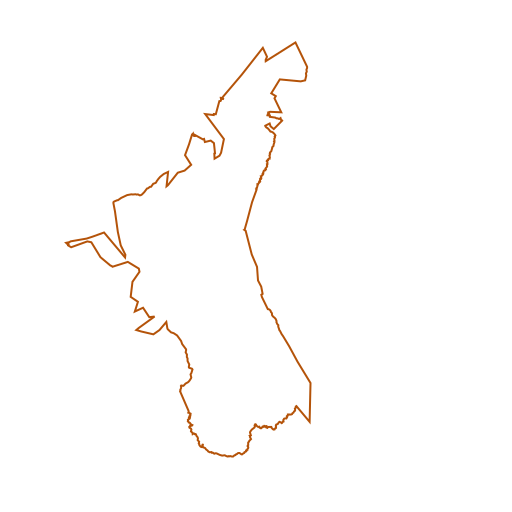 Súchil, Durango, Mexico, rotated 325°
{"feature_id": "50627088B52283797196470", "entity_name": "Súchil", "entity_type": "district", "adm_level": 2, "iso_a3": "MEX", "parent_name": "Mexico", "parent_adm1": "Durango", "projection": "orthographic", "projection_center": [-104.169, 23.415], "detail": "fine", "context": "isolated", "style": "outline", "palette": "amber", "viewbox_px": 512, "rotation_deg": 325, "n_neighbors": 0, "source": "geoboundaries", "source_scale": "gbopen_adm2", "svg_char_len": 6151}
<svg xmlns="http://www.w3.org/2000/svg" viewBox="0 0 512 512"><g transform="rotate(325 256 256)"><path d="M232.2,136.7L227.5,135.9L222.9,136.2L220.1,136.9L217.5,137.8L216.2,138.5L215.5,138.5L213.2,137.9L209.8,139.1L208.7,138.5L206.4,138.6L205.4,138.2L201.1,139.6L197.8,140.2L196.6,140.1L195.6,139.7L194.6,137.8L193.4,137.2L192.7,136.3L190.4,135.0L189.3,134.0L185.4,132.2L178.9,131.1L174.9,131.1L174.3,130.7L171.5,130.1L170.7,130.0L170.2,130.1L169.6,130.7L166.1,138.5L156.6,157.1L151.3,169.7L149.7,180.1L147.9,182.1L145.0,149.6L133.2,146.4L127.3,144.6L112.6,137.7L111.1,137.6L108.0,136.3L108.4,138.4L108.6,138.4L108.7,137.6L109.3,137.7L109.3,138.8L108.4,138.9L108.1,139.4L109.6,142.8L126.2,147.3L129.0,150.3L127.9,167.8L131.3,180.4L132.0,181.3L132.3,182.5L147.6,187.3L152.8,199.1L151.5,202.1L140.0,206.3L129.9,217.6L133.0,225.8L124.9,232.0L133.8,233.6L133.5,244.9L138.2,247.4L118.6,247.7L115.5,248.0L118.6,251.9L127.0,261.3L134.4,261.3L144.7,258.6L141.9,264.4L141.7,265.3L142.6,269.8L144.3,272.0L145.8,275.8L145.9,282.7L145.0,285.8L145.2,292.3L144.7,293.1L143.1,294.6L142.9,297.1L141.4,299.1L141.2,300.6L139.7,302.8L139.1,306.6L137.3,308.4L137.1,308.9L137.2,309.3L138.9,311.6L138.9,312.5L135.8,314.9L134.5,315.4L133.3,318.4L132.6,318.9L130.2,319.9L128.7,320.3L127.8,320.4L125.1,320.1L122.4,320.7L121.8,320.6L120.8,319.4L120.3,319.2L119.9,319.4L119.6,320.3L118.8,321.3L117.1,322.3L116.8,323.1L116.2,323.3L111.9,344.2L111.5,345.0L110.7,345.5L111.4,346.4L111.3,347.2L111.9,347.4L112.0,347.6L110.6,349.2L110.3,349.4L109.7,349.0L108.4,349.9L109.0,350.7L108.4,351.2L106.3,351.1L105.9,351.9L105.4,352.2L105.4,352.5L105.7,352.9L105.4,353.8L106.1,354.7L106.2,357.0L106.9,358.0L106.6,358.2L105.8,358.0L105.2,357.0L104.9,357.0L104.4,357.7L103.3,357.7L103.0,358.4L103.7,360.1L103.6,361.0L102.1,362.4L102.6,364.3L102.0,365.5L102.7,365.5L103.4,365.8L103.5,366.7L104.3,367.1L104.5,367.5L104.1,369.1L104.2,370.9L103.9,372.0L102.6,373.4L102.9,375.5L101.6,376.7L101.7,377.4L101.2,378.1L101.2,380.0L101.6,381.1L102.1,381.5L103.6,380.1L104.0,379.9L104.2,380.1L103.3,381.1L103.0,382.3L103.2,382.8L103.9,383.6L104.2,384.4L104.1,385.6L104.8,387.8L104.7,388.6L105.5,390.2L107.1,391.1L106.9,391.8L108.0,392.6L108.4,394.0L109.6,394.3L110.5,395.1L112.2,398.1L113.8,400.1L116.1,401.3L117.1,403.2L117.9,403.9L118.0,404.2L118.9,404.3L119.5,405.0L120.1,405.1L121.2,406.4L122.2,407.1L124.1,406.9L124.9,407.3L125.7,407.0L127.0,407.3L127.9,407.1L128.8,407.4L129.5,407.9L130.3,410.1L130.7,410.5L132.2,410.4L133.4,410.6L134.0,410.1L135.8,410.4L136.0,410.4L136.3,409.6L136.7,409.5L137.7,409.9L138.1,409.3L139.2,409.0L139.7,408.6L140.0,408.2L140.0,407.2L140.3,407.1L140.5,406.5L141.2,406.4L142.5,404.4L142.9,404.2L143.7,404.1L144.4,403.6L146.9,403.1L147.2,400.8L147.8,400.2L147.8,399.7L148.9,400.0L149.8,397.2L150.5,396.6L152.9,395.8L156.4,395.6L157.2,395.1L157.7,393.9L158.9,393.4L159.3,394.0L159.1,395.3L159.5,396.8L159.8,397.3L160.8,397.7L160.5,398.7L161.2,400.0L161.6,400.1L162.2,399.7L163.4,400.1L163.8,399.6L164.4,400.0L165.3,399.8L165.6,400.1L165.5,401.0L166.9,401.2L167.0,401.3L166.1,402.4L166.7,403.3L167.5,403.0L168.0,403.1L170.5,404.8L170.2,405.7L170.5,407.6L170.8,408.2L171.3,408.2L171.7,408.7L172.7,408.2L173.5,408.4L173.9,408.2L174.3,407.3L174.9,406.8L175.1,406.1L175.9,405.7L177.5,406.1L179.1,405.4L180.1,405.3L181.1,406.8L181.1,407.6L181.4,407.7L182.7,407.2L183.6,407.4L184.2,406.1L185.7,405.4L186.9,405.8L187.7,406.5L189.0,405.9L189.3,404.9L189.7,404.8L190.5,405.0L191.2,404.1L192.3,404.8L192.6,405.3L194.2,406.1L194.8,406.2L195.7,405.7L196.8,405.8L198.1,405.1L198.9,405.2L199.7,404.7L200.4,403.2L201.6,403.1L202.1,402.8L202.3,402.1L203.0,402.1L204.8,422.6L227.8,391.3L229.4,366.3L231.4,348.9L232.2,337.2L232.2,334.6L232.7,331.2L232.6,330.5L232.7,329.7L232.9,329.4L233.7,326.6L234.6,325.5L234.4,323.8L234.8,321.9L235.5,321.1L236.0,319.0L235.8,317.1L235.4,316.0L235.2,314.6L235.3,313.4L236.0,312.5L236.3,311.3L236.1,310.5L236.5,309.2L236.4,308.0L235.9,306.9L235.2,306.3L237.3,293.1L238.1,290.8L239.7,290.8L242.7,284.1L243.6,277.2L250.6,265.5L253.4,252.3L262.0,229.4L261.4,227.8L261.9,227.8L268.9,222.1L283.6,209.7L294.5,202.0L294.5,201.2L295.3,201.1L295.7,200.8L295.7,200.5L296.2,200.4L297.1,199.7L297.8,198.7L298.4,198.7L298.5,198.0L299.1,198.2L299.8,197.9L300.1,197.9L301.0,197.1L301.3,197.6L301.8,197.5L301.7,197.2L301.9,196.8L302.3,196.8L303.1,195.8L303.9,195.8L303.9,195.2L304.8,195.4L305.0,195.3L305.0,194.5L305.7,194.2L305.8,193.6L306.2,193.8L306.8,193.4L307.5,193.5L308.3,193.3L308.5,192.5L308.8,192.5L308.9,192.9L309.2,192.8L309.6,191.8L309.9,191.5L310.4,191.5L311.2,190.7L311.7,190.6L312.7,191.1L313.5,190.2L313.9,190.5L314.2,189.7L316.4,189.1L317.0,187.9L317.6,187.7L317.7,187.0L318.3,187.0L319.0,185.9L319.4,184.8L319.2,184.5L319.5,184.2L320.8,184.5L321.0,184.2L320.9,183.9L322.0,183.6L323.0,184.1L323.3,183.6L323.9,183.2L324.2,182.4L325.0,181.4L324.9,181.2L326.1,180.5L326.1,179.9L326.9,179.2L328.5,179.0L331.0,177.0L331.7,176.2L333.4,175.9L334.5,174.7L336.3,173.4L337.0,172.5L336.8,172.3L337.3,172.0L338.2,170.4L339.2,170.0L339.9,169.4L339.8,168.9L340.2,168.6L341.1,168.3L341.1,166.4L340.7,164.5L340.0,163.1L339.2,162.4L339.1,159.8L338.8,157.8L338.3,157.0L338.1,155.8L338.1,155.1L338.3,154.6L343.2,155.3L342.3,158.1L343.4,162.2L355.1,160.1L355.1,159.8L354.5,159.3L355.2,157.1L353.7,157.1L353.1,156.5L352.8,155.7L351.8,155.0L351.1,153.6L347.2,150.0L347.9,149.0L346.1,147.3L347.1,146.5L348.3,146.9L348.4,145.4L350.3,146.0L359.1,152.8L361.6,137.4L363.9,136.4L361.8,131.5L376.8,125.0L392.8,138.6L397.0,140.3L400.6,137.1L401.7,135.0L403.3,134.1L404.2,132.3L405.7,131.3L406.4,130.3L410.8,103.7L375.7,102.0L376.4,100.9L379.3,99.1L381.0,89.4L348.3,99.3L320.4,106.6L319.0,107.4L319.6,109.0L318.6,108.1L318.2,106.4L317.9,106.2L317.1,108.0L315.9,108.7L314.8,108.1L304.4,116.8L302.9,115.5L302.2,116.3L295.8,110.6L296.8,141.8L286.6,151.4L283.6,152.9L277.9,152.5L280.6,148.2L281.3,148.4L286.3,139.4L285.1,135.5L279.5,133.3L280.6,130.3L279.4,130.0L275.3,121.6L274.7,122.6L274.1,122.2L273.6,120.1L274.0,119.7L273.3,119.8L265.2,126.1L255.7,132.7L255.2,144.1L246.5,145.1L239.7,142.9L224.4,147.5L222.7,147.6L232.2,136.7Z" fill="none" stroke="#b45309" stroke-width="2"/></g></svg>